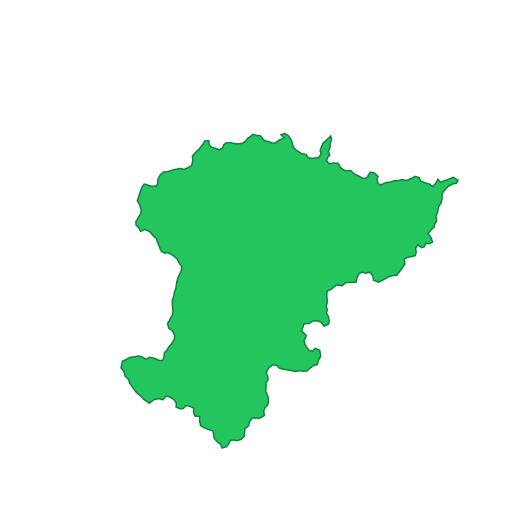 the district of Alto Rio Doce, Minas Gerais, Brazil, rotated 127°
{"feature_id": "56859067B36714206475136", "entity_name": "Alto Rio Doce", "entity_type": "district", "adm_level": 2, "iso_a3": "BRA", "parent_name": "Brazil", "parent_adm1": "Minas Gerais", "projection": "mercator", "projection_center": [-43.404, -21.048], "detail": "fine", "context": "isolated", "style": "filled", "palette": "green", "viewbox_px": 512, "rotation_deg": 127, "n_neighbors": 0, "source": "geoboundaries", "source_scale": "gbopen_adm2", "svg_char_len": 4148}
<svg xmlns="http://www.w3.org/2000/svg" viewBox="0 0 512 512"><g transform="rotate(127 256 256)"><path d="M189.5,135.2L186.7,132.0L182.4,132.0L177.8,132.0L172.9,132.2L169.3,135.7L165.6,134.0L162.9,131.3L159.9,129.1L156.5,130.3L154.3,132.9L149.8,133.6L149.7,128.9L147.2,127.1L143.6,128.2L142.0,125.0L138.7,123.4L136.0,127.1L134.6,132.0L130.0,132.0L126.0,131.1L122.7,132.6L119.1,132.8L116.4,136.0L110.8,137.7L107.5,139.7L102.4,140.1L98.0,142.0L94.0,145.0L89.6,145.0L85.0,144.5L80.4,142.5L77.1,139.7L73.9,140.2L74.4,145.8L79.3,148.7L82.7,151.0L85.9,152.9L85.3,156.9L89.6,156.2L94.2,156.6L94.2,161.2L96.0,165.4L96.9,170.0L95.2,172.9L96.7,176.8L100.1,178.4L105.2,181.2L107.0,185.4L110.4,187.9L112.4,190.7L115.5,192.6L118.1,195.5L121.4,197.7L124.7,199.2L124.4,202.4L122.4,205.3L119.0,206.5L118.5,211.2L120.1,215.1L123.5,214.9L127.0,214.6L129.8,217.4L130.3,222.0L131.3,226.7L130.7,231.7L134.2,236.0L134.6,241.3L132.6,246.2L135.3,250.4L138.3,252.9L137.5,256.8L134.2,258.2L131.1,257.8L129.0,261.2L124.7,262.2L121.5,264.5L117.6,265.6L115.2,268.6L120.1,269.3L125.4,270.4L129.8,269.4L133.2,268.2L135.4,265.4L139.6,265.2L143.9,269.4L146.2,273.7L144.7,277.1L146.8,280.8L147.0,284.4L147.3,287.7L146.6,291.9L143.6,295.2L141.4,299.3L140.4,303.3L141.0,307.0L144.2,309.0L144.7,304.6L149.3,307.2L154.4,308.7L156.2,311.3L157.0,314.8L158.7,318.0L158.3,321.3L157.4,325.0L159.5,328.3L160.6,331.7L163.9,332.4L166.8,333.4L170.6,333.4L174.2,334.8L177.3,337.8L179.3,341.0L180.6,344.3L183.3,347.8L186.4,348.7L189.7,347.8L193.1,349.1L194.4,353.1L195.9,356.8L195.4,360.2L192.3,363.1L195.1,366.3L198.2,365.7L201.5,365.8L205.3,365.8L209.3,366.6L214.4,367.0L217.7,364.0L222.3,361.9L226.5,363.5L230.0,365.5L231.8,369.3L235.1,372.3L238.6,375.1L241.8,377.2L244.4,380.3L248.7,381.4L253.8,380.5L257.1,378.1L260.2,377.7L263.2,381.6L264.4,384.9L265.8,388.6L269.5,388.5L274.0,387.2L279.0,385.5L283.2,384.1L285.1,379.8L288.1,375.5L291.2,373.7L296.1,373.1L301.0,372.6L303.6,370.2L304.2,366.3L305.8,362.9L301.9,361.0L300.5,355.9L301.7,350.5L302.0,345.9L304.1,343.2L306.1,339.9L307.8,337.1L309.2,334.1L308.7,330.6L306.3,328.2L305.7,324.8L305.5,321.5L305.8,317.4L307.9,313.0L309.2,308.9L313.5,306.5L318.1,305.8L321.0,305.0L324.0,303.9L327.5,301.9L330.9,300.2L334.0,299.5L337.1,297.7L341.8,296.1L345.0,293.7L347.5,291.4L350.3,288.8L353.8,287.3L357.8,286.7L363.2,286.0L366.1,282.3L366.1,277.7L368.3,273.2L371.7,271.0L377.5,270.6L381.5,271.0L384.5,270.3L388.4,271.0L392.1,268.6L395.8,267.7L397.8,270.8L398.8,275.8L401.2,280.3L404.5,281.5L405.0,285.6L406.6,289.8L409.8,292.4L411.9,294.9L414.5,296.5L417.4,297.7L420.4,299.3L423.6,297.9L426.6,296.5L427.7,292.1L430.8,288.0L431.2,283.8L433.7,280.2L435.2,275.2L437.0,269.4L437.3,263.2L438.1,259.3L437.7,256.1L438.0,252.6L431.8,250.9L428.2,247.4L426.8,243.8L421.9,243.5L420.3,239.4L420.1,235.0L421.3,231.3L424.7,228.8L423.6,224.4L421.3,222.2L417.8,222.0L415.7,218.3L415.0,214.1L418.6,211.7L420.6,208.5L418.0,204.4L421.6,201.9L424.9,198.1L424.2,193.0L422.9,189.0L421.6,185.1L424.3,182.2L426.5,180.0L427.7,175.6L427.7,170.7L429.8,167.7L426.3,164.9L422.7,164.7L419.0,165.6L416.5,163.4L414.9,160.0L411.4,157.5L407.0,156.9L404.2,158.7L400.8,160.8L396.0,159.8L391.7,161.6L387.7,161.5L385.7,158.7L383.1,155.3L378.3,153.3L375.5,156.4L371.4,157.5L368.0,157.1L364.7,158.4L361.9,161.0L359.9,163.6L358.1,167.0L354.7,168.9L351.5,171.6L347.3,172.0L344.6,174.7L343.2,177.7L337.9,178.5L333.0,177.3L330.9,173.5L331.4,169.6L330.1,166.2L328.5,163.3L326.6,159.8L324.8,155.4L321.6,152.3L319.9,149.5L317.3,146.2L313.3,145.4L309.0,144.2L305.7,141.7L302.1,143.3L297.0,144.0L293.0,148.4L294.2,153.3L298.1,153.6L299.4,157.0L298.4,160.5L297.1,163.8L294.2,166.8L289.2,167.9L288.4,174.7L284.5,175.7L281.2,176.8L278.0,172.9L273.6,171.6L270.5,167.1L269.7,163.8L271.1,159.4L266.9,157.1L263.7,158.4L260.9,161.7L259.0,165.5L255.9,166.8L254.0,169.6L250.5,171.0L248.0,172.9L244.6,175.9L241.2,178.1L237.4,175.9L233.8,175.1L230.7,174.4L227.7,169.1L223.1,168.4L221.1,165.6L218.9,163.1L216.6,160.3L212.4,162.4L207.7,163.1L205.1,161.5L203.7,158.0L200.5,155.3L201.6,150.8L204.6,147.5L203.1,142.3L198.2,139.9L193.6,138.0L189.5,135.2Z" fill="#22c55e" stroke="#15803d" stroke-width="1.5"/></g></svg>